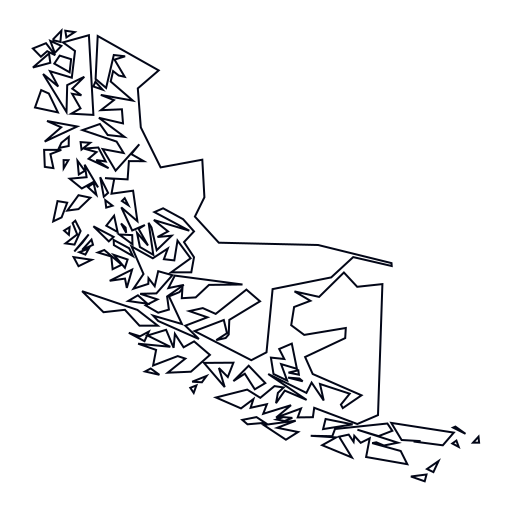 Magallanes y Antártica Chilena, Equal Earth projection
{"feature_id": "CHL-2692", "entity_name": "Magallanes y Antártica Chilena", "entity_type": "Region", "adm_level": 1, "iso_a3": "CHL", "parent_name": "Chile", "parent_adm1": "", "projection": "equal_earth", "projection_center": [-72.604, -52.278], "detail": "fine", "context": "isolated", "style": "outline", "palette": "ink", "viewbox_px": 512, "rotation_deg": 0, "n_neighbors": 0, "source": "natural_earth", "source_scale": "10m", "svg_char_len": 5987}
<svg xmlns="http://www.w3.org/2000/svg" viewBox="0 0 512 512"><path d="M158.7,70.4L137.8,88.4L140.8,127.4L160.6,167.4L202.3,159.7L204.4,197.3L194.9,216.6L218.8,242.7L318.1,245.0L391.5,263.1L391.7,266.0L353.2,257.1L331.2,277.4L272.6,289.1L266.5,352.3L251.3,360.2L194.6,331.1L223.8,320.0L227.0,333.2L216.3,340.1L225.7,338.0L228.7,334.5L229.3,319.9L260.0,301.3L246.4,289.6L215.7,313.9L202.8,308.1L189.3,311.1L207.4,317.3L185.3,325.7L198.9,339.0L158.2,321.0L153.1,315.6L181.9,324.0L169.0,296.4L179.5,292.1L182.4,288.3L181.8,298.2L195.7,297.4L209.0,284.9L242.5,284.5L174.8,275.6L168.4,288.1L183.8,284.9L167.1,296.5L168.9,309.6L158.2,312.7L145.6,305.4L157.4,299.4L140.2,293.8L156.4,293.4L172.4,275.2L158.2,271.2L154.7,286.2L148.5,278.2L148.3,283.9L133.5,288.7L143.5,274.0L131.5,246.4L152.8,258.3L167.8,248.5L163.9,259.2L174.3,260.4L177.5,240.6L190.6,258.3L171.2,272.3L191.3,272.3L194.0,257.2L184.0,242.1L194.0,231.4L183.1,219.2L163.1,208.3L154.4,212.1L189.3,230.7L153.8,220.0L168.0,231.4L157.5,237.0L171.7,235.7L156.7,250.2L151.5,227.5L148.6,222.8L153.3,254.8L139.9,247.0L137.0,232.8L148.0,245.5L138.6,228.9L144.9,225.0L132.2,230.5L121.3,207.4L137.4,221.2L133.1,190.7L111.5,193.7L114.2,179.0L105.0,178.1L127.6,179.4L128.9,161.1L143.8,161.2L131.3,154.1L139.3,144.3L115.6,170.7L102.7,149.1L123.6,153.0L116.6,141.6L82.5,130.1L99.9,124.0L107.7,135.0L124.5,136.9L98.9,117.8L123.0,123.4L121.9,109.3L100.9,110.2L113.9,100.1L100.8,94.9L132.8,100.6L110.7,81.5L113.1,71.1L118.7,75.5L124.7,76.8L114.5,59.6L125.1,56.3L113.8,55.0L106.1,87.9L95.6,79.0L97.7,36.0L158.7,70.4ZM378.0,415.1L357.3,424.0L314.2,407.8L312.9,417.2L297.7,417.4L301.0,408.5L276.1,417.6L291.0,405.2L263.2,413.8L266.9,404.2L250.6,407.8L253.4,399.1L241.0,408.4L216.0,397.5L247.2,389.6L260.3,397.8L274.5,386.1L283.6,387.5L277.9,392.9L276.0,403.2L284.8,390.6L306.6,399.9L268.2,374.0L306.4,392.9L311.6,382.6L323.7,400.5L320.0,384.0L349.7,393.7L340.9,404.6L342.8,408.1L361.5,395.3L312.7,374.0L305.1,357.0L345.2,338.1L345.8,328.0L304.2,334.9L291.2,325.2L294.1,307.0L310.4,300.8L294.5,291.4L319.1,296.9L343.9,272.5L357.2,286.8L382.4,284.1L378.0,415.1ZM66.5,112.0L43.1,74.0L58.2,86.5L50.0,71.2L71.8,77.7L75.0,51.0L63.0,42.4L88.9,35.2L93.4,114.9L71.3,113.7L80.5,108.4L72.1,93.8L81.4,95.3L72.3,88.7L84.3,76.8L67.2,85.1L66.5,112.0ZM407.3,464.2L366.1,457.0L369.7,438.3L360.7,442.8L354.3,435.8L353.6,441.8L348.7,434.6L339.1,436.7L351.9,457.5L322.2,445.2L336.2,437.4L310.7,435.8L332.3,436.2L335.0,429.0L387.4,423.5L392.3,430.8L378.6,436.1L357.4,429.7L397.9,442.7L383.9,445.5L376.3,442.3L372.2,443.1L400.7,451.0L407.3,464.2ZM190.9,371.7L167.7,372.7L185.3,358.6L177.7,356.1L153.1,365.5L156.1,349.9L138.1,343.7L170.3,346.8L147.5,335.5L166.1,329.8L173.6,347.8L174.9,333.9L183.6,347.3L194.1,341.4L209.9,354.9L190.9,371.7ZM413.6,441.5L420.6,441.1L401.6,440.0L391.3,422.9L453.8,432.6L442.8,445.3L413.6,441.5ZM291.8,343.6L296.9,368.8L281.1,364.1L287.1,380.5L273.5,374.0L270.9,357.6L284.3,359.0L279.2,349.0L291.8,343.6ZM157.8,325.7L139.5,325.7L124.9,309.8L103.5,312.2L82.1,291.2L137.4,309.9L157.8,325.7ZM233.4,381.1L248.7,365.7L265.3,383.1L254.8,389.3L244.8,373.7L233.4,381.1ZM224.7,387.1L204.0,362.9L233.4,362.7L227.8,377.0L218.9,368.0L224.7,387.1ZM77.2,126.5L44.7,141.6L61.2,127.3L47.0,121.0L77.2,126.5ZM84.7,164.7L98.1,187.4L94.1,181.6L81.8,188.5L69.7,178.7L86.6,177.2L84.7,164.7ZM126.8,287.9L125.0,278.6L109.7,280.8L132.1,269.6L126.8,287.9ZM298.1,432.0L285.9,439.7L263.7,425.0L295.7,420.7L277.3,427.8L298.1,432.0ZM108.6,168.2L88.6,158.8L96.5,152.1L83.9,148.6L98.3,147.5L105.7,161.5L96.3,160.0L108.6,168.2ZM323.1,429.1L325.6,419.0L352.6,424.4L323.1,429.1ZM57.9,112.4L35.0,107.5L41.2,90.1L48.8,93.5L57.9,112.4ZM90.4,197.7L78.5,209.1L67.3,210.6L78.5,195.2L90.4,197.7ZM74.5,244.6L65.5,243.4L77.2,234.4L72.6,223.1L75.3,220.7L80.6,231.0L74.5,244.6ZM61.3,149.9L50.4,154.1L53.4,168.1L44.8,166.9L44.1,149.9L61.3,149.9ZM55.2,55.2L47.2,51.2L40.9,56.7L32.9,48.5L46.0,43.2L55.2,55.2ZM112.6,269.2L111.3,256.5L97.9,252.5L104.3,250.0L121.7,264.7L112.6,269.2ZM71.1,59.2L69.6,72.3L54.3,63.6L59.7,55.6L71.1,59.2ZM67.2,202.7L61.6,217.4L53.2,221.4L57.5,201.1L67.2,202.7ZM91.7,259.8L78.5,266.2L73.6,257.1L91.7,259.8ZM50.3,62.8L32.9,67.5L49.0,53.5L50.3,62.8ZM132.9,256.1L113.9,245.1L113.7,240.0L129.1,248.2L132.9,256.1ZM114.1,215.7L117.6,232.0L106.3,225.7L114.1,215.7ZM78.8,174.5L77.5,160.8L84.8,170.8L78.8,174.5ZM108.8,241.4L93.4,226.3L113.6,236.9L108.8,241.4ZM265.2,422.8L247.5,424.3L242.3,419.9L256.5,417.1L265.2,422.8ZM127.6,259.5L124.9,267.8L113.9,254.9L127.6,259.5ZM148.8,331.6L144.5,341.2L128.8,332.8L140.0,336.3L148.8,331.6ZM82.5,242.6L74.3,251.5L88.7,234.4L82.5,242.6ZM119.3,234.5L132.2,235.1L132.5,244.3L119.3,234.5ZM438.5,461.1L433.4,472.1L427.0,469.0L438.5,461.1ZM68.8,136.8L68.7,146.0L59.0,147.9L61.4,142.8L68.8,136.8ZM192.2,381.7L206.5,376.0L201.9,382.3L192.2,381.7ZM61.4,45.9L54.8,52.9L50.3,40.9L61.4,45.9ZM426.5,474.5L424.7,481.3L410.9,476.5L426.5,474.5ZM108.1,192.9L103.8,196.7L100.2,177.2L108.1,192.9ZM456.4,440.6L458.7,446.9L452.3,443.5L456.4,440.6ZM93.6,183.2L96.4,194.9L87.8,187.0L93.6,183.2ZM288.1,377.6L299.4,378.5L302.7,381.3L288.1,377.6ZM102.5,89.6L93.4,86.5L95.4,81.7L102.5,89.6ZM61.4,30.7L60.4,41.9L53.4,40.3L53.3,39.1L61.4,30.7ZM137.9,295.3L147.4,303.7L128.2,301.0L137.9,295.3ZM68.9,234.8L64.1,230.6L69.6,227.2L68.9,234.8ZM81.5,149.6L80.6,142.1L90.2,142.8L81.5,149.6ZM112.5,205.7L106.2,207.6L105.3,200.2L112.5,205.7ZM150.7,368.5L159.4,374.8L145.1,371.5L150.7,368.5ZM478.5,436.7L479.1,442.7L473.0,442.7L478.5,436.7ZM91.5,239.6L93.0,244.8L82.2,249.8L91.5,239.6ZM292.3,417.9L284.6,421.0L276.6,419.5L283.4,417.1L292.3,417.9ZM288.5,372.6L298.3,370.3L298.9,374.7L288.5,372.6ZM68.4,160.2L63.7,168.2L63.6,160.1L68.4,160.2ZM455.4,426.6L465.5,433.8L453.1,427.6L455.4,426.6ZM124.7,198.2L128.3,205.2L121.9,201.0L124.7,198.2ZM196.4,385.4L193.7,392.9L190.3,387.8L196.4,385.4ZM66.4,37.4L65.3,30.7L74.7,32.1L66.4,37.4ZM125.6,227.6L126.2,232.8L121.1,223.5L125.6,227.6ZM85.4,254.6L79.3,252.2L88.8,248.5L85.4,254.6Z" fill="none" stroke="#020617" stroke-width="2"/></svg>